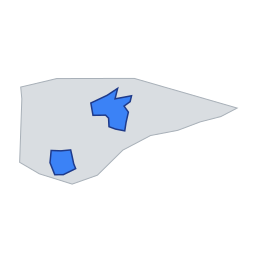 location of Vaduz within Liechtenstein, rotated 87°
{"feature_id": "LIE-4895", "entity_name": "Vaduz", "entity_type": "state/province", "adm_level": 1, "iso_a3": "LIE", "parent_name": "Liechtenstein", "parent_adm1": "", "projection": "natural_earth1", "projection_center": [9.545, 47.128], "detail": "fine", "context": "in_parent", "style": "filled", "palette": "blue", "viewbox_px": 256, "rotation_deg": 87, "n_neighbors": 0, "source": "natural_earth", "source_scale": "10m", "svg_char_len": 713}
<svg xmlns="http://www.w3.org/2000/svg" viewBox="0 0 256 256"><g transform="rotate(87 128 128)"><path d="M156.6,238.0L93.4,232.5L81.5,233.0L74.9,196.6L78.8,119.1L113.8,18.0L121.4,34.6L125.7,55.7L132.9,78.3L136.7,105.9L149.8,134.3L173.5,161.0L181.1,186.7L169.1,219.0L156.6,238.0Z" fill="#d9dde1" stroke="#a8b0b8" stroke-width="1"/><path d="M101.1,163.8L94.3,147.2L87.9,136.3L98.2,139.4L96.0,122.8L101.8,124.5L105.9,130.8L112.2,126.8L122.5,129.7L130.7,131.4L128.4,140.6L125.7,146.9L117.1,146.9L114.0,149.7L113.5,162.3L101.1,163.8ZM146.4,205.9L147.3,196.2L146.9,186.4L153.2,185.3L160.9,184.1L165.8,182.4L171.2,195.0L170.8,203.6L158.6,207.7L146.4,205.9Z" fill="#3b82f6" stroke="#1e3a8a" stroke-width="1.5"/></g></svg>